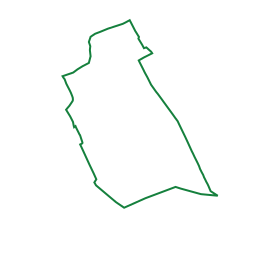 Nazareno Etla, Oaxaca, Mexico, rotated 245°
{"feature_id": "50627088B30693965136566", "entity_name": "Nazareno Etla", "entity_type": "district", "adm_level": 2, "iso_a3": "MEX", "parent_name": "Mexico", "parent_adm1": "Oaxaca", "projection": "mercator", "projection_center": [-96.827, 17.182], "detail": "fine", "context": "isolated", "style": "outline", "palette": "green", "viewbox_px": 256, "rotation_deg": 245, "n_neighbors": 0, "source": "geoboundaries", "source_scale": "gbopen_adm2", "svg_char_len": 1568}
<svg xmlns="http://www.w3.org/2000/svg" viewBox="0 0 256 256"><g transform="rotate(245 128 128)"><path d="M207.5,123.3L203.5,120.0L203.2,113.0L202.5,107.0L201.4,101.8L202.6,90.6L201.3,90.7L200.1,90.9L199.0,91.2L194.3,90.8L191.2,90.9L186.4,91.1L183.8,91.1L180.3,90.9L178.7,90.7L177.1,90.1L176.4,89.7L175.8,89.1L172.9,84.3L171.5,81.2L170.7,79.6L163.0,80.5L156.8,80.7L155.5,80.4L152.8,79.7L151.5,79.5L151.9,81.2L150.4,81.1L143.8,81.3L142.5,81.3L142.0,81.5L140.8,81.4L139.3,81.2L134.2,80.6L133.9,80.5L133.6,80.3L133.4,80.0L133.4,79.7L133.3,79.1L133.3,77.7L126.3,77.7L111.3,77.6L101.3,77.7L94.9,77.6L92.9,74.5L89.5,74.8L77.2,80.5L65.8,85.8L57.4,90.8L57.0,114.1L54.5,146.2L50.8,150.2L39.9,163.0L37.2,166.2L28.7,180.7L35.8,176.2L38.8,176.3L41.2,176.4L43.5,176.4L46.4,176.2L48.6,176.2L51.2,176.1L53.8,176.3L56.6,176.1L60.4,176.0L63.4,176.3L66.9,176.3L70.3,176.2L73.5,176.1L77.7,176.1L79.9,176.0L89.5,176.1L95.9,176.1L102.0,176.0L109.7,175.9L112.9,175.9L113.2,175.9L115.0,175.5L115.4,175.5L116.5,175.2L120.9,174.4L135.2,171.6L136.7,171.3L139.4,170.8L146.4,169.4L148.7,168.8L148.9,168.8L149.2,168.7L157.5,167.2L161.6,167.1L165.6,167.0L170.1,166.7L172.1,166.6L174.2,166.6L183.1,166.3L184.7,166.3L185.2,172.1L185.5,181.5L186.4,181.4L187.7,181.1L189.0,180.5L193.3,178.7L193.6,176.2L197.4,176.0L204.6,175.2L205.9,176.4L212.0,175.7L212.3,175.6L222.9,175.2L224.3,175.1L225.0,175.1L224.7,170.5L224.6,167.3L224.7,166.5L226.5,151.9L226.9,143.4L227.3,138.0L226.5,132.7L222.5,128.9L218.1,128.4L214.8,126.4L208.8,124.4L207.5,123.3Z" fill="none" stroke="#15803d" stroke-width="2"/></g></svg>